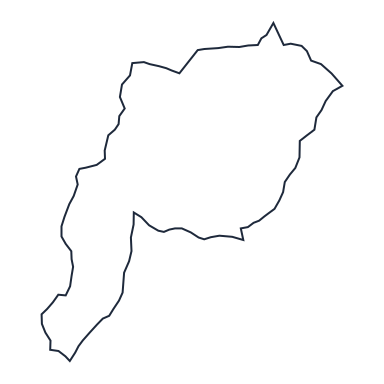 Fernão, São Paulo, Brazil
{"feature_id": "56859067B16110619340323", "entity_name": "Fernão", "entity_type": "district", "adm_level": 2, "iso_a3": "BRA", "parent_name": "Brazil", "parent_adm1": "São Paulo", "projection": "equal_earth", "projection_center": [-49.55, -22.377], "detail": "fine", "context": "isolated", "style": "outline", "palette": "slate", "viewbox_px": 384, "rotation_deg": 0, "n_neighbors": 0, "source": "geoboundaries", "source_scale": "gbopen_adm2", "svg_char_len": 1432}
<svg xmlns="http://www.w3.org/2000/svg" viewBox="0 0 384 384"><path d="M342.4,85.8L331.6,73.5L321.0,64.1L311.1,60.6L306.9,51.1L301.6,45.9L290.7,43.7L283.7,45.0L273.4,23.0L266.5,35.0L261.4,38.3L257.8,45.0L248.1,45.5L239.3,47.0L228.0,46.7L218.2,48.1L204.4,49.0L197.7,50.1L179.4,73.3L171.7,70.5L166.3,68.2L159.1,66.2L149.6,64.1L143.9,62.1L132.3,63.1L130.0,75.4L122.0,84.5L119.9,97.0L124.7,108.5L119.3,116.1L118.6,124.1L114.8,129.7L108.3,135.3L104.7,150.5L105.0,158.8L96.7,164.9L85.7,167.7L79.4,168.9L76.0,176.5L77.7,184.5L73.7,196.0L69.3,204.1L64.5,216.8L61.5,226.3L61.5,236.5L65.7,243.9L71.3,251.2L71.6,259.2L73.1,266.8L71.6,275.8L70.1,286.3L65.7,295.4L58.3,294.7L52.9,302.3L47.1,309.0L41.6,314.3L41.9,323.9L45.4,332.6L50.5,340.6L50.2,349.8L58.5,351.0L65.4,356.3L69.8,361.0L75.2,352.6L78.5,346.2L82.9,340.3L89.7,332.6L96.9,324.7L102.8,318.6L109.2,315.8L113.4,309.0L119.0,300.6L122.6,292.6L124.1,272.7L129.1,261.2L131.5,251.1L130.9,237.5L133.6,224.5L133.8,212.5L141.4,217.2L149.1,225.3L158.3,230.7L163.9,231.9L169.3,229.6L175.0,228.4L181.8,228.4L190.8,232.4L198.6,237.5L204.2,239.3L210.8,237.2L219.4,235.7L232.2,236.8L243.3,240.0L240.8,228.4L247.9,227.1L253.6,222.8L259.1,220.7L264.4,216.4L269.2,212.8L274.5,208.9L279.3,200.5L283.1,192.1L284.8,182.0L289.9,174.5L295.3,168.0L299.5,157.4L299.8,140.9L307.0,135.3L314.4,129.7L316.4,117.4L321.5,110.1L325.7,101.0L332.9,91.1L342.4,85.8Z" fill="none" stroke="#1e293b" stroke-width="2"/></svg>